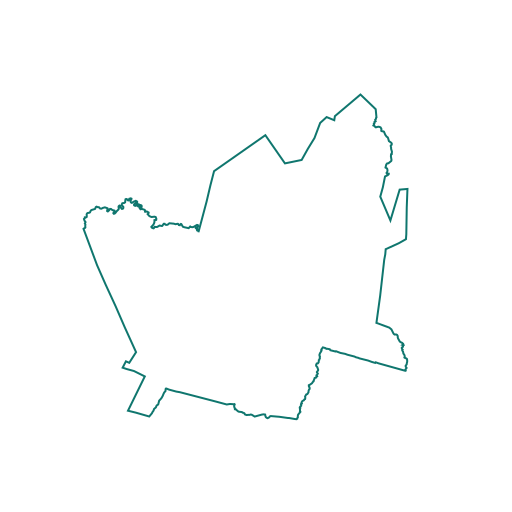 Lupane, Matabeleland North, Zimbabwe (orthographic projection), rotated 106°
{"feature_id": "62879985B9904230629136", "entity_name": "Lupane", "entity_type": "district", "adm_level": 2, "iso_a3": "ZWE", "parent_name": "Zimbabwe", "parent_adm1": "Matabeleland North", "projection": "orthographic", "projection_center": [27.928, -18.869], "detail": "fine", "context": "isolated", "style": "outline", "palette": "teal", "viewbox_px": 512, "rotation_deg": 106, "n_neighbors": 0, "source": "geoboundaries", "source_scale": "gbopen_adm2", "svg_char_len": 6090}
<svg xmlns="http://www.w3.org/2000/svg" viewBox="0 0 512 512"><g transform="rotate(106 256 256)"><path d="M120.7,153.6L118.2,154.1L115.7,155.7L114.8,155.9L113.0,156.9L112.6,156.9L111.8,156.3L111.3,156.3L110.7,156.4L109.9,157.1L108.9,159.9L106.2,161.6L105.6,162.2L105.3,163.3L103.8,165.2L101.3,167.2L101.1,167.7L101.3,168.8L101.3,169.9L100.8,170.2L99.4,170.4L98.1,171.6L97.9,172.5L97.9,173.7L98.7,175.4L99.3,176.2L99.2,176.8L98.4,177.8L98.2,179.1L96.9,178.8L96.3,179.2L95.5,178.7L94.6,179.1L93.5,178.1L92.4,179.0L91.1,178.5L90.3,178.7L89.6,178.4L81.9,181.4L72.0,200.1L99.8,218.7L103.9,218.2L103.0,226.4L110.4,231.0L126.5,232.3L138.7,235.7L151.1,238.6L159.0,253.7L137.3,280.3L186.0,319.7L200.8,319.3L217.3,318.5L249.0,317.9L247.5,318.2L247.6,319.7L247.1,320.0L246.4,319.5L246.2,319.9L245.8,321.6L245.2,321.9L245.0,320.8L244.7,320.3L243.1,319.9L242.3,320.5L242.4,321.3L245.2,324.0L245.8,324.9L246.1,326.7L245.8,327.4L247.8,328.4L248.1,332.9L248.0,334.4L245.9,336.6L245.9,337.1L246.5,337.5L247.4,337.7L247.5,338.7L246.6,339.8L246.7,340.4L247.6,342.0L247.6,344.0L248.4,348.3L250.3,349.6L250.9,351.0L250.8,351.8L250.2,352.7L250.5,353.6L252.9,354.4L253.1,354.8L253.3,357.1L255.3,359.0L255.7,360.1L255.9,361.5L257.5,361.9L257.7,362.2L257.6,363.6L256.9,364.6L254.2,363.3L252.7,363.0L251.3,363.0L249.5,363.5L248.8,361.9L247.8,362.0L246.2,363.2L246.2,364.5L247.3,367.1L247.2,368.5L246.9,369.7L245.6,371.7L244.5,371.1L243.8,371.2L243.3,373.2L244.0,374.6L244.0,374.9L242.9,375.1L242.3,375.8L242.2,378.6L242.9,379.9L242.3,380.7L241.4,380.0L240.3,379.4L239.1,379.9L238.8,380.8L239.0,381.7L239.3,382.0L239.9,381.6L240.1,381.2L240.6,381.1L240.9,381.4L241.0,382.5L240.6,383.4L240.2,383.5L239.8,383.6L238.7,383.3L238.7,383.9L238.2,385.2L238.7,385.4L239.7,385.0L240.3,384.9L240.7,385.2L241.1,385.9L241.0,386.8L240.8,387.2L240.3,387.4L239.6,387.2L237.9,386.0L237.4,385.0L236.7,385.1L236.4,385.4L236.1,386.8L237.7,388.8L238.7,389.4L239.2,390.2L238.9,391.1L238.0,391.7L236.7,391.7L235.6,391.4L235.2,391.5L235.1,392.3L235.9,393.6L237.2,393.6L237.7,393.8L237.8,394.5L236.9,395.9L237.0,396.6L237.5,397.1L240.5,396.6L241.4,397.4L242.1,399.0L243.4,399.3L244.0,399.1L244.4,398.8L245.2,397.2L245.8,396.9L246.8,396.8L247.2,397.0L247.7,397.8L247.6,398.1L246.2,399.9L245.2,400.7L245.1,401.1L245.3,401.3L246.0,401.7L246.7,401.7L248.0,401.0L248.6,400.9L249.5,401.2L251.4,402.3L253.3,403.0L254.2,403.6L254.6,404.3L254.2,404.9L253.7,404.9L252.4,404.3L251.7,404.3L251.4,404.5L251.3,405.3L251.5,406.3L251.2,407.4L250.8,408.1L250.8,408.7L251.0,409.3L252.6,409.8L254.0,410.7L253.8,411.5L252.9,411.7L251.6,411.4L251.1,411.8L251.0,412.3L250.9,414.7L252.0,416.5L253.1,417.6L253.3,418.6L253.3,419.0L252.4,420.5L252.7,421.8L252.5,422.8L253.2,423.5L254.8,423.6L255.2,423.8L257.2,426.9L258.2,427.4L259.8,427.6L260.3,428.1L261.1,429.7L261.6,430.1L262.6,430.3L264.2,429.7L265.1,429.5L265.7,430.0L266.0,431.1L266.6,430.9L267.4,431.5L267.8,431.6L269.4,430.5L270.4,429.2L271.9,429.5L272.7,428.7L274.4,428.4L275.4,427.9L276.0,428.0L276.5,428.6L277.4,429.3L308.7,406.2L324.9,392.7L343.0,377.1L360.6,362.6L381.5,344.8L393.6,348.4L393.1,352.0L400.1,353.4L400.3,349.2L400.2,341.6L402.4,329.7L440.0,336.4L439.7,328.4L439.7,314.4L435.9,312.7L434.6,312.5L433.0,311.9L431.1,311.8L429.1,310.5L427.6,310.4L426.8,310.1L426.1,309.4L425.6,309.1L421.7,309.2L420.0,308.3L418.3,307.6L416.1,307.1L414.1,306.9L412.4,306.6L410.9,305.8L408.7,306.2L408.3,306.1L408.1,305.6L408.4,302.8L408.3,295.2L407.9,291.7L407.0,255.5L406.8,243.2L405.4,240.2L404.6,236.4L404.3,235.9L404.5,235.6L406.2,235.7L407.9,234.8L408.4,233.9L409.1,233.9L409.0,233.2L410.3,230.3L410.4,229.6L409.9,226.5L410.3,225.7L410.2,225.1L410.3,224.1L410.5,223.7L411.3,223.1L411.5,221.3L410.9,219.8L410.5,218.4L409.8,217.3L409.8,216.2L410.7,213.0L406.8,206.6L406.1,205.0L405.9,203.5L407.0,203.0L408.1,202.2L408.6,201.1L408.7,200.1L407.5,198.9L406.2,198.3L405.8,197.7L404.1,189.1L402.9,180.5L402.6,179.5L402.0,173.7L401.7,172.1L401.4,172.0L401.0,171.5L400.2,171.6L399.5,171.3L398.4,171.7L396.9,171.8L393.7,170.4L393.5,170.9L391.9,171.2L390.6,171.8L389.9,171.5L389.4,172.2L388.4,171.9L387.6,171.3L386.5,171.5L386.2,171.9L385.7,171.9L385.1,171.3L384.5,171.8L383.9,171.8L382.6,171.4L381.5,170.2L380.7,170.1L380.0,169.4L378.8,169.5L377.5,170.1L375.2,169.5L374.6,168.6L372.6,168.0L371.2,168.3L369.7,168.2L369.0,167.8L368.6,167.9L367.6,168.3L367.0,169.1L366.5,169.1L366.1,169.5L365.6,169.6L365.3,169.1L362.9,167.1L361.5,166.7L360.6,166.1L360.0,166.3L359.4,166.1L357.1,166.0L356.2,164.6L355.4,164.7L354.8,164.1L354.0,165.0L353.1,164.4L351.9,164.2L351.2,165.3L350.7,165.5L348.9,164.8L348.2,164.9L346.0,166.4L345.0,167.9L344.2,168.2L342.6,168.0L342.1,166.9L340.9,166.5L338.7,166.9L338.2,166.5L337.5,166.6L336.6,166.4L335.5,166.9L334.8,166.9L334.3,167.5L333.5,167.8L331.8,167.7L329.6,167.0L328.8,167.3L328.3,167.0L327.8,167.4L325.4,166.5L325.4,164.0L325.7,163.7L325.6,162.9L325.8,162.4L325.5,161.8L325.3,159.4L326.1,158.5L325.9,153.2L325.5,152.9L325.9,148.1L325.5,143.3L325.7,141.0L325.5,133.5L325.8,132.1L325.7,129.4L325.9,128.5L325.6,119.5L325.9,115.5L325.9,111.9L325.2,111.6L325.4,108.5L325.2,80.8L324.9,80.5L324.0,81.1L322.1,80.4L321.1,81.6L320.3,81.9L318.6,81.3L317.4,81.5L316.1,81.5L314.4,82.0L313.3,82.6L312.9,83.8L313.0,84.3L312.7,85.3L312.0,85.2L310.8,85.7L310.0,86.3L309.2,87.4L307.4,88.3L306.5,89.4L306.1,89.5L305.5,89.3L305.2,89.9L304.2,90.6L303.7,90.5L303.1,89.9L302.6,89.7L301.6,90.2L301.3,89.9L301.1,89.9L301.1,90.7L300.7,90.4L300.6,89.8L299.8,90.4L299.8,90.7L299.2,91.6L299.0,93.0L298.6,94.2L296.1,96.7L295.2,97.3L293.9,97.7L293.0,98.6L292.8,99.4L292.9,100.1L293.3,101.0L293.1,101.7L292.6,102.5L289.2,105.6L288.1,108.2L287.1,121.8L259.9,125.7L224.3,131.7L218.8,132.2L213.7,133.2L204.4,122.3L198.5,116.5L193.7,117.5L167.7,124.5L149.8,128.9L152.6,136.2L184.8,136.6L164.7,152.9L155.0,153.0L144.0,153.9L142.0,151.7L140.9,151.0L140.3,151.1L140.4,151.6L140.8,152.6L140.6,153.1L140.2,153.4L139.7,153.1L137.8,153.1L136.8,153.5L135.8,154.1L135.3,155.9L132.1,156.0L130.8,155.4L130.4,154.3L127.4,152.2L126.4,152.2L123.0,153.8L121.0,154.2L120.7,153.6Z" fill="none" stroke="#0f766e" stroke-width="2"/></g></svg>